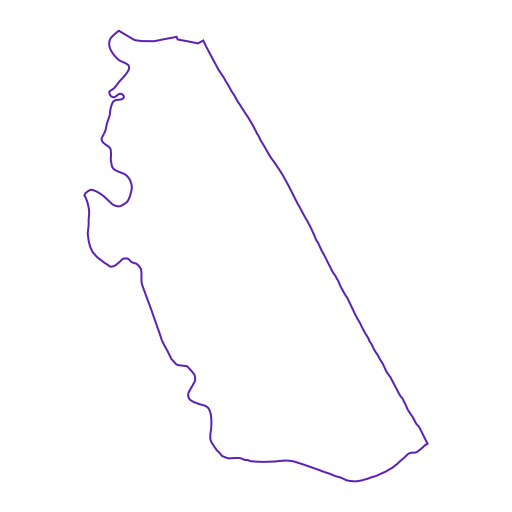 Mai Kaen, Pattani, Thailand (Natural Earth projection)
{"feature_id": "78962969B69481933598717", "entity_name": "Mai Kaen", "entity_type": "district", "adm_level": 2, "iso_a3": "THA", "parent_name": "Thailand", "parent_adm1": "Pattani", "projection": "natural_earth1", "projection_center": [101.66, 6.621], "detail": "fine", "context": "isolated", "style": "outline", "palette": "violet", "viewbox_px": 512, "rotation_deg": 0, "n_neighbors": 0, "source": "geoboundaries", "source_scale": "gbopen_adm2", "svg_char_len": 5959}
<svg xmlns="http://www.w3.org/2000/svg" viewBox="0 0 512 512"><path d="M370.5,477.6L376.0,476.0L380.7,473.8L385.7,471.6L392.5,467.6L397.5,463.7L400.5,460.8L404.1,457.8L407.3,454.6L408.7,453.6L410.5,452.9L413.1,452.6L415.2,452.6L417.1,451.9L421.1,448.8L424.4,445.8L425.9,444.6L427.6,443.8L427.3,443.3L426.5,441.6L422.3,433.3L421.2,431.0L419.2,427.1L416.7,424.3L415.5,422.5L414.7,420.8L412.9,417.4L410.2,413.5L407.6,409.4L406.4,406.5L405.3,404.0L403.7,401.1L402.5,398.3L400.9,396.7L399.4,394.4L390.4,377.2L388.4,374.5L386.2,371.2L383.9,366.1L381.9,362.1L381.2,361.4L379.2,358.0L378.1,355.6L376.5,353.3L374.6,350.5L373.8,348.9L372.8,346.8L371.8,344.7L369.3,340.8L368.5,338.6L366.3,334.9L365.4,333.6L361.3,325.9L360.6,324.1L359.6,322.4L358.3,320.1L357.6,319.2L356.7,317.2L355.3,314.7L350.0,303.5L348.9,301.2L348.2,299.8L347.0,297.3L346.1,296.3L343.5,291.9L340.2,285.7L339.7,284.5L338.0,280.3L336.9,278.9L335.5,276.0L333.3,273.0L332.0,270.8L330.0,266.6L328.4,263.6L326.2,259.1L324.9,256.5L321.6,250.5L317.9,242.5L317.3,241.7L316.6,240.7L315.6,238.6L314.5,235.8L313.7,234.0L310.9,227.9L309.7,225.6L307.2,220.8L306.0,218.8L304.4,216.1L298.8,205.5L297.8,204.1L296.7,201.7L295.5,199.6L294.3,197.1L292.1,192.7L288.1,184.9L282.3,174.3L280.7,172.0L279.4,169.7L276.8,166.0L273.9,161.6L272.0,159.2L270.1,156.4L266.7,150.6L265.2,147.8L260.5,140.1L258.8,136.4L256.6,132.8L256.2,131.7L254.6,128.8L252.3,124.2L251.1,122.4L248.1,117.3L246.4,114.9L242.1,108.3L239.6,104.2L238.0,102.1L234.5,95.7L233.4,94.0L232.3,92.5L227.4,83.7L225.9,81.4L224.3,78.5L222.3,75.4L219.5,71.2L218.4,69.5L212.9,59.3L206.0,46.3L203.5,41.0L203.3,40.5L197.9,43.4L188.2,41.4L177.7,39.5L176.5,36.8L172.8,37.6L163.1,39.4L154.1,41.2L142.0,41.1L134.7,40.1L126.6,35.4L118.8,30.7L115.7,33.2L113.5,35.2L111.5,37.2L111.1,37.7L110.6,38.3L110.3,38.8L109.9,39.9L109.5,41.0L109.4,41.4L109.3,42.4L109.2,42.9L109.2,44.3L109.3,45.5L109.6,47.0L109.7,47.5L110.3,49.1L110.7,49.9L111.2,50.9L112.2,52.5L113.4,54.3L114.6,55.8L116.2,57.6L117.3,58.7L117.9,59.2L119.0,60.1L119.5,60.4L120.8,61.1L125.5,63.2L127.0,64.1L127.7,64.6L128.3,65.2L128.6,65.5L128.9,66.3L129.0,66.7L129.1,67.6L129.1,68.0L129.1,68.4L128.9,69.1L128.5,70.0L128.2,70.8L127.7,71.6L126.4,73.5L125.4,74.8L124.0,76.5L120.7,80.1L119.6,81.2L118.7,82.4L116.6,85.1L114.6,87.6L114.1,88.2L113.6,88.7L112.3,89.5L110.1,90.9L109.6,91.3L109.3,91.7L109.2,92.1L109.3,92.5L109.4,93.1L109.9,94.5L110.1,95.0L110.4,95.5L110.8,96.0L111.7,96.6L112.5,97.0L113.3,97.2L113.7,97.3L114.1,97.3L114.3,97.2L115.3,96.7L116.4,96.0L118.0,94.7L118.8,94.2L119.6,93.9L120.0,93.8L120.6,93.8L121.0,93.8L121.4,93.9L121.9,94.2L122.6,94.7L123.1,95.2L123.5,95.7L123.7,96.1L123.8,96.4L123.8,96.7L123.8,97.3L123.6,97.8L123.2,98.3L122.9,98.6L122.3,99.0L121.6,99.3L120.5,99.5L118.2,99.8L116.4,100.0L115.7,100.2L114.7,100.6L114.0,101.1L113.4,101.5L113.0,102.0L112.3,103.2L111.6,105.0L111.0,107.0L110.8,107.7L110.4,109.5L110.3,110.4L110.1,111.8L109.9,114.0L109.7,115.0L109.2,116.9L108.7,118.4L107.8,120.8L106.9,123.6L106.6,124.8L106.1,127.4L105.8,129.0L105.6,129.7L105.4,130.5L104.8,132.0L103.6,134.4L102.6,136.3L101.8,137.9L101.7,138.4L101.6,138.8L101.6,139.2L101.6,139.7L101.7,140.0L102.0,140.7L102.4,141.5L102.6,141.9L103.0,142.3L103.5,142.9L105.0,144.1L105.9,144.8L107.2,145.6L108.3,146.4L109.1,147.1L109.6,147.6L109.8,147.8L110.0,148.2L110.4,148.9L110.6,149.5L110.7,149.8L110.9,151.4L111.0,154.9L110.8,158.2L110.8,158.8L110.9,160.4L111.2,162.4L111.8,165.6L111.9,165.9L112.1,166.6L112.5,167.4L112.8,167.9L113.2,168.5L114.0,169.2L115.2,170.1L116.6,170.8L118.2,171.6L123.1,173.4L123.9,173.7L124.8,174.3L125.4,174.6L126.5,175.5L127.2,176.2L128.0,177.2L128.7,178.0L129.5,179.3L130.0,180.1L130.7,181.7L130.9,182.5L131.5,184.4L131.7,186.0L131.8,187.7L131.7,189.1L131.4,190.7L131.1,192.1L129.9,196.3L128.9,198.8L128.5,199.6L127.7,201.0L127.2,201.7L126.3,202.5L125.8,202.9L124.8,203.6L123.4,204.5L122.3,205.1L121.2,205.7L120.4,206.0L119.7,206.2L119.1,206.3L118.4,206.4L117.4,206.2L116.5,206.1L115.3,205.7L114.0,205.2L112.9,204.6L112.1,204.0L110.8,202.8L108.1,200.3L105.2,197.5L103.9,196.4L101.3,194.4L100.6,193.9L98.6,192.6L95.8,191.2L93.6,190.3L92.9,190.1L92.2,189.9L91.4,189.8L90.6,189.9L90.4,189.9L89.9,190.1L88.3,191.0L86.6,192.2L85.8,192.9L85.3,193.5L85.0,194.1L84.4,195.5L85.6,197.6L87.4,202.1L88.6,207.3L89.1,210.6L89.1,215.0L88.6,219.8L88.7,224.6L87.7,233.5L88.8,241.6L90.2,247.0L92.5,251.8L95.3,255.2L97.2,257.2L101.6,260.6L104.3,262.7L107.7,264.8L109.7,266.4L111.5,266.7L113.9,266.1L116.1,264.9L119.1,262.3L121.0,260.6L122.1,259.3L123.3,258.7L125.1,258.4L126.4,258.4L127.6,258.7L129.1,259.5L131.3,262.0L133.7,262.9L136.5,263.7L138.9,265.9L141.0,269.1L141.5,273.5L141.4,278.7L141.6,282.5L142.5,286.0L151.1,309.2L160.2,335.2L161.9,340.4L164.8,346.2L167.4,350.8L170.3,356.7L171.6,359.2L173.3,361.1L176.2,364.3L178.1,365.1L186.7,366.2L187.0,366.2L187.1,366.3L191.6,371.1L193.6,373.6L194.4,374.7L194.5,375.0L194.8,376.0L195.1,377.2L195.1,378.8L195.1,379.4L195.1,380.3L194.9,381.0L194.8,381.4L193.6,383.6L191.8,386.8L189.1,391.5L188.8,392.0L188.6,392.4L188.5,392.7L188.2,394.5L188.2,395.7L188.3,396.6L188.4,397.0L189.0,398.4L189.2,398.7L190.1,399.8L190.4,400.1L190.6,400.2L193.1,401.7L194.2,402.2L198.7,403.9L201.8,404.8L204.2,405.5L205.3,405.9L206.2,406.3L207.1,407.0L207.4,407.2L207.8,407.6L208.5,408.3L208.7,408.7L209.0,409.2L209.5,410.3L210.0,411.5L210.4,412.9L210.8,414.5L210.9,415.3L211.2,417.5L211.4,422.0L211.4,424.4L211.1,429.1L210.4,433.7L210.3,436.6L210.3,438.6L210.3,439.2L210.4,439.4L210.9,440.9L211.3,441.9L212.3,443.6L213.5,445.5L216.8,450.2L219.6,453.0L222.1,456.0L226.2,457.7L228.2,458.3L230.2,458.3L233.7,458.1L238.1,457.9L240.9,458.3L245.1,460.0L247.5,460.0L250.7,461.2L257.5,461.7L263.9,461.9L275.1,461.5L278.9,461.0L283.9,460.6L287.6,460.6L291.8,461.0L296.0,462.1L303.7,464.6L318.2,469.7L323.0,471.5L330.4,474.0L335.0,476.0L340.5,477.5L343.0,478.6L346.4,480.2L349.5,480.9L353.5,481.3L356.4,481.3L361.3,480.5L367.4,478.8L370.5,477.6Z" fill="none" stroke="#5b21b6" stroke-width="2"/></svg>